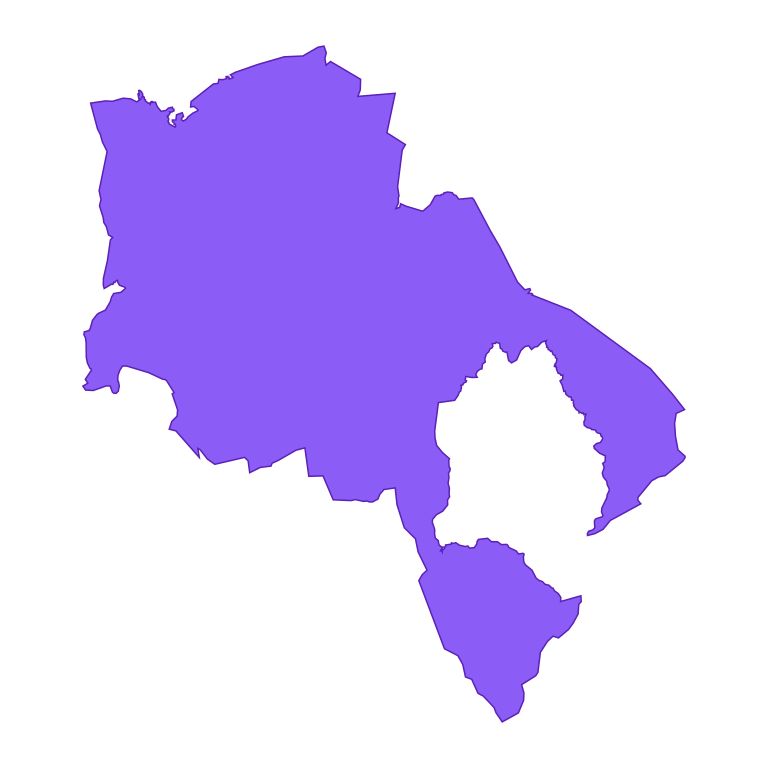 outline of Chilapa de Álvarez, Guerrero, Mexico
{"feature_id": "50627088B21045528675432", "entity_name": "Chilapa de Álvarez", "entity_type": "district", "adm_level": 2, "iso_a3": "MEX", "parent_name": "Mexico", "parent_adm1": "Guerrero", "projection": "robinson", "projection_center": [-99.099, 17.491], "detail": "fine", "context": "isolated", "style": "filled", "palette": "violet", "viewbox_px": 768, "rotation_deg": 0, "n_neighbors": 0, "source": "geoboundaries", "source_scale": "gbopen_adm2", "svg_char_len": 6064}
<svg xmlns="http://www.w3.org/2000/svg" viewBox="0 0 768 768"><path d="M405.4,144.6L386.9,132.8L395.2,93.3L357.9,96.4L360.3,89.8L360.6,79.3L330.5,61.5L326.1,65.2L324.9,58.3L326.3,52.9L324.0,46.1L318.0,47.2L302.8,56.0L284.2,56.8L257.7,64.5L235.3,72.3L230.4,74.8L233.0,77.6L230.6,78.6L229.2,79.0L229.0,77.3L228.0,77.5L227.9,76.4L226.1,76.6L226.4,78.7L222.4,79.7L218.9,79.4L218.0,83.4L213.3,84.0L191.1,101.5L190.6,107.0L194.1,106.5L197.9,109.7L197.8,110.7L192.9,113.1L187.9,117.0L186.4,119.2L183.3,121.0L181.5,119.8L181.8,118.0L183.5,116.5L182.3,112.7L176.5,114.8L175.9,120.0L172.3,120.0L172.4,121.6L174.6,123.3L174.1,124.2L175.3,124.9L175.7,126.3L175.0,127.1L169.0,123.8L169.0,122.7L167.9,121.3L168.7,120.0L168.6,118.2L167.4,117.3L167.4,116.0L168.1,116.3L170.3,112.7L169.8,111.9L171.9,112.0L174.0,110.8L173.9,109.3L173.1,109.1L172.3,107.2L168.4,108.1L166.0,110.4L161.0,111.3L157.2,106.5L155.5,102.2L152.3,102.4L152.7,101.8L151.9,101.4L150.6,102.2L150.2,104.3L149.4,103.1L148.4,103.2L145.3,100.8L145.5,99.9L144.4,99.4L144.3,97.3L143.2,96.5L142.0,97.3L142.8,95.7L142.6,93.8L141.4,91.6L139.7,90.4L138.7,90.5L139.0,93.6L138.4,93.8L139.7,95.3L138.1,94.7L138.9,99.0L140.3,99.4L136.7,101.9L130.6,98.8L123.1,98.2L112.4,101.3L105.4,100.9L90.6,103.1L97.5,128.8L100.3,134.4L102.4,141.9L107.1,151.5L99.1,190.7L101.0,199.5L99.5,205.9L103.1,217.2L103.8,222.4L106.5,227.0L108.5,234.9L112.6,237.4L110.4,239.9L107.4,260.8L103.4,278.4L103.3,285.1L104.2,288.5L111.7,284.1L112.9,284.4L113.9,282.2L114.9,282.5L116.1,280.8L117.5,280.3L117.8,282.4L119.5,285.3L124.8,287.2L125.5,288.3L121.0,292.3L113.7,293.5L111.6,297.0L110.2,301.8L105.4,310.1L98.1,313.5L96.6,315.0L92.5,320.3L90.1,328.8L88.8,330.6L84.3,331.9L83.9,334.6L85.5,337.9L86.1,342.5L86.3,357.4L87.4,363.0L90.0,368.4L91.3,369.1L91.3,370.3L85.3,379.4L87.8,383.2L82.9,386.1L85.6,390.1L93.2,390.5L106.4,385.9L110.2,386.0L112.4,392.1L113.8,393.2L116.1,393.4L118.3,391.2L119.3,385.8L118.4,381.4L117.7,380.9L118.0,375.3L119.8,370.3L122.6,366.0L126.9,366.1L148.8,372.7L162.4,379.1L165.2,379.6L166.7,380.8L174.1,392.6L172.2,393.9L177.6,409.9L177.1,416.1L171.8,421.4L169.2,429.2L175.9,430.9L199.3,457.5L197.9,448.4L200.2,449.8L207.4,459.1L214.8,464.3L244.5,457.4L248.1,460.8L249.7,472.7L260.4,467.4L271.0,466.1L272.1,463.2L277.9,460.6L296.0,450.2L304.9,447.9L308.8,476.3L323.0,475.9L333.2,499.8L350.8,500.6L355.5,499.6L363.5,501.4L367.1,501.0L369.1,501.9L372.6,501.9L377.9,499.1L379.9,494.2L384.0,489.5L395.2,487.9L397.0,504.7L404.3,527.7L415.5,538.9L418.1,551.9L427.0,570.2L422.3,574.6L418.8,580.6L444.5,648.8L457.8,655.6L462.8,664.5L465.5,677.0L471.7,679.3L478.0,693.3L483.4,696.2L494.1,707.6L496.0,712.7L502.2,721.9L518.4,712.9L523.6,700.4L523.9,692.8L521.6,684.6L535.7,675.8L537.9,672.4L540.4,652.3L547.4,641.5L553.0,636.2L558.5,637.9L568.6,629.4L573.1,623.2L578.1,614.0L578.8,604.3L581.2,601.7L580.9,595.8L560.6,601.5L560.8,597.4L558.3,593.6L554.2,590.6L553.2,588.3L551.6,587.8L549.1,585.3L544.9,584.2L542.6,581.7L538.9,580.3L536.2,578.2L532.0,570.2L525.3,564.7L523.8,561.9L523.4,556.9L524.1,554.2L523.0,553.3L518.5,554.0L516.4,551.0L508.9,547.5L507.8,545.2L506.6,544.4L501.4,544.6L497.4,541.7L491.5,541.7L487.6,538.3L478.4,539.4L477.1,541.4L476.8,544.0L474.3,547.6L469.5,548.1L467.9,546.0L465.2,546.5L459.5,545.2L455.8,542.7L453.1,543.5L451.5,542.8L451.1,544.2L445.5,545.0L445.4,546.7L444.7,546.9L444.3,548.7L442.4,550.1L442.2,551.9L441.8,551.0L440.5,550.8L443.0,547.1L441.4,546.9L439.0,544.9L438.2,540.5L435.3,538.1L434.6,533.9L434.7,529.4L432.3,522.3L432.6,519.3L436.5,514.7L442.8,511.1L447.7,504.9L447.5,500.0L449.6,496.6L449.1,494.0L449.4,488.1L448.1,483.6L449.0,477.2L448.5,473.1L449.9,470.9L450.2,468.5L449.0,466.4L448.8,460.2L449.5,458.7L442.6,452.7L436.7,445.5L435.0,437.8L434.7,431.0L438.4,402.6L454.7,400.3L458.0,395.5L459.5,391.9L460.6,391.2L461.5,387.3L460.9,385.3L462.7,385.0L463.9,382.9L466.0,382.1L466.5,380.8L465.2,380.1L465.8,376.5L472.0,377.5L477.2,377.3L475.8,374.6L477.2,371.5L479.8,369.4L482.0,368.8L482.5,364.1L485.3,362.0L484.8,358.9L486.4,353.9L488.8,351.7L489.9,349.0L492.0,347.9L492.9,346.5L492.3,343.6L495.5,343.4L496.2,342.3L499.7,343.4L500.3,348.3L502.1,349.2L502.8,351.1L505.4,352.2L506.9,352.0L508.6,360.5L511.5,362.9L516.6,360.0L520.8,350.6L524.8,346.7L528.6,345.7L531.5,349.5L534.7,347.0L537.6,346.5L541.8,342.1L546.4,340.6L545.5,342.8L546.8,346.0L546.6,347.2L547.9,347.7L548.2,349.6L549.6,349.9L550.4,351.3L551.7,350.9L553.2,354.7L555.2,355.5L555.4,357.6L557.0,358.9L556.2,362.7L554.9,364.1L555.6,365.7L554.5,365.6L554.4,366.4L556.6,367.4L556.4,369.1L558.2,373.3L559.9,373.7L561.0,375.4L562.8,375.0L562.7,378.9L560.0,380.9L562.3,385.4L563.8,391.4L565.2,391.1L565.9,394.3L569.1,396.9L571.2,397.0L571.5,400.2L572.9,400.0L573.4,400.7L573.3,403.5L574.1,404.8L573.6,405.7L576.2,409.5L579.0,411.2L579.1,412.9L580.4,412.3L582.1,413.5L583.5,413.0L583.9,414.7L586.0,414.2L584.9,416.8L585.1,419.4L583.9,421.8L584.2,425.3L587.5,427.7L590.5,428.3L591.6,429.5L595.6,430.1L596.1,431.7L597.4,432.8L600.6,433.8L601.0,436.1L601.9,436.5L602.7,438.7L600.4,442.5L596.6,443.5L593.8,446.0L594.3,448.4L599.6,453.2L605.3,455.9L605.1,461.7L602.7,463.4L604.2,467.4L602.3,473.1L603.3,476.9L606.8,481.3L607.2,484.7L609.2,488.8L609.1,490.8L607.2,494.7L606.8,497.7L601.9,507.9L601.5,511.9L603.0,515.7L602.3,516.7L595.7,518.9L594.9,519.9L594.4,521.2L594.8,527.8L592.8,529.9L588.7,531.2L587.4,533.5L587.5,535.5L594.7,533.7L603.0,529.4L610.4,520.4L640.8,503.8L637.9,500.3L637.9,497.5L651.8,480.7L658.6,476.9L665.2,475.6L682.8,461.2L685.1,457.6L685.0,456.2L678.0,449.9L675.5,436.4L674.6,423.4L676.2,413.4L684.6,409.6L672.6,394.3L650.4,368.6L570.8,310.3L532.0,295.0L532.6,294.2L531.7,293.4L528.1,293.4L530.5,290.0L529.8,288.6L524.8,289.8L517.5,282.0L500.0,247.2L490.4,230.8L473.9,199.7L472.2,197.9L458.8,199.2L456.2,195.6L453.7,194.7L452.3,192.7L447.7,192.0L444.0,192.8L443.5,194.0L441.1,194.6L440.6,195.5L437.5,195.3L435.1,196.1L430.2,204.8L422.7,211.2L406.1,206.2L400.7,203.8L399.6,207.4L395.9,208.6L398.5,202.9L398.3,197.8L399.0,196.0L397.6,186.7L402.2,150.2L405.4,144.6Z" fill="#8b5cf6" stroke="#5b21b6" stroke-width="1.5"/></svg>